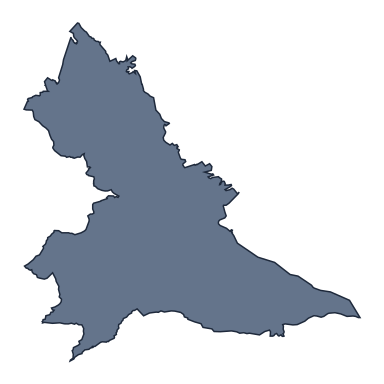 outline of Babana, Arges, Romania
{"feature_id": "2599482B94335816711173", "entity_name": "Babana", "entity_type": "district", "adm_level": 2, "iso_a3": "ROU", "parent_name": "Romania", "parent_adm1": "Arges", "projection": "natural_earth1", "projection_center": [24.7, 44.889], "detail": "fine", "context": "isolated", "style": "filled", "palette": "slate", "viewbox_px": 384, "rotation_deg": 0, "n_neighbors": 0, "source": "geoboundaries", "source_scale": "gbopen_adm2", "svg_char_len": 5792}
<svg xmlns="http://www.w3.org/2000/svg" viewBox="0 0 384 384"><path d="M249.4,333.2L259.5,334.9L264.8,331.5L269.5,330.1L270.5,331.8L270.2,336.1L272.8,336.1L274.0,335.5L274.8,334.3L276.6,333.5L278.3,335.7L279.0,336.0L281.0,334.8L282.2,336.3L283.1,336.4L284.0,336.1L283.0,333.7L283.8,333.0L284.1,331.8L283.2,329.2L283.4,326.1L282.7,324.6L285.1,323.9L292.9,324.9L297.2,324.6L304.8,321.2L308.4,318.2L313.9,315.7L316.7,316.0L321.1,317.2L323.8,316.4L327.8,313.6L329.1,313.2L335.0,312.7L340.7,313.9L347.0,316.4L353.0,316.0L355.6,316.4L358.4,317.6L360.0,317.6L349.5,300.3L330.4,291.9L320.6,290.4L314.4,288.2L313.1,287.4L311.5,285.2L298.0,276.1L290.1,274.5L274.6,262.4L257.9,257.2L237.4,243.2L233.8,235.7L231.9,232.9L232.2,232.6L231.2,231.6L232.3,230.9L232.4,230.2L231.4,229.8L229.9,231.2L226.5,228.3L220.1,225.5L218.5,223.8L218.4,222.1L218.9,220.9L219.9,219.9L224.8,217.9L226.2,215.9L224.8,211.8L223.3,206.1L223.5,205.3L226.2,205.2L229.0,203.2L238.1,193.9L239.2,192.1L237.5,193.8L233.7,189.1L232.1,188.2L229.9,189.7L226.0,190.6L225.0,189.6L230.2,186.7L231.5,185.6L231.4,185.0L231.1,184.5L228.1,185.1L225.0,185.1L225.2,183.7L224.3,181.5L223.7,181.2L222.5,181.3L221.3,182.4L220.5,184.4L219.6,184.7L219.8,183.6L221.5,181.2L221.3,180.4L221.6,179.6L221.5,178.9L219.3,177.6L218.5,176.7L212.4,177.5L210.8,178.6L208.8,177.8L208.1,176.9L213.6,175.0L212.8,173.9L211.4,174.2L204.6,172.1L211.3,170.4L211.9,166.6L209.6,163.7L205.3,166.0L201.9,161.7L197.1,164.6L196.9,164.3L195.1,165.2L194.6,164.5L184.8,167.7L184.2,167.1L182.8,165.0L183.0,163.9L185.7,161.6L185.0,159.7L181.2,159.3L180.3,157.9L178.4,152.6L178.4,151.7L179.2,150.6L179.3,149.8L177.0,148.6L177.3,148.0L176.9,147.1L178.1,146.7L176.8,144.6L174.3,145.4L172.3,143.4L170.0,145.0L165.9,142.4L163.8,140.3L163.2,137.5L165.5,132.9L165.6,131.7L163.7,128.0L163.9,126.0L164.5,124.5L165.4,124.8L166.0,125.8L169.3,123.5L169.0,122.9L164.4,121.6L161.4,118.5L159.8,114.3L155.9,110.1L153.6,97.7L150.2,96.2L147.9,93.9L144.8,92.2L143.4,90.6L143.5,89.3L142.1,84.2L141.7,84.2L140.2,76.8L136.8,70.8L134.7,70.5L135.4,73.5L133.2,71.6L132.1,72.7L129.2,73.9L127.9,72.3L129.5,71.3L126.6,71.9L126.3,71.5L126.7,70.0L128.4,68.9L128.5,67.7L128.1,66.9L129.8,66.7L131.5,67.6L132.0,68.3L134.8,66.4L135.4,65.4L134.9,64.2L132.0,63.9L130.7,62.9L132.0,61.6L135.3,60.5L135.8,58.7L135.6,57.9L132.7,55.8L127.3,60.7L127.5,58.9L126.7,56.6L125.9,59.9L125.0,61.0L123.0,61.9L120.5,61.3L119.5,61.8L119.5,63.7L118.7,63.7L116.6,61.0L115.8,58.5L109.9,61.3L107.8,55.1L105.7,52.7L105.7,51.3L100.1,44.8L99.8,43.9L100.3,42.2L99.2,42.3L98.1,41.4L96.3,41.4L94.2,40.0L93.9,38.8L93.2,38.3L92.0,38.3L90.9,36.9L89.4,36.5L86.4,32.1L84.6,31.0L81.1,27.5L78.9,23.4L77.5,23.0L69.8,31.4L73.4,33.4L73.7,36.3L74.3,37.6L77.4,40.9L77.5,41.8L76.4,42.6L76.9,43.3L76.5,43.8L74.8,43.2L73.3,41.5L73.3,40.8L71.2,38.5L71.0,37.1L63.5,59.7L62.7,64.6L58.6,77.8L59.5,80.0L59.0,81.7L58.0,83.3L57.1,84.0L56.6,83.8L56.1,82.8L56.4,82.6L55.4,81.7L55.3,81.0L52.7,79.8L52.2,80.5L51.4,80.2L47.6,77.8L44.5,81.6L45.5,84.9L45.1,85.3L45.7,85.7L47.4,90.6L48.2,91.3L43.2,91.3L42.7,92.2L40.2,92.6L40.2,95.2L39.5,95.8L35.8,95.3L32.5,96.8L32.3,97.5L28.3,98.5L27.6,99.3L28.3,101.2L27.4,101.5L24.0,109.2L26.2,109.9L32.2,110.1L33.2,111.9L33.7,116.5L34.9,119.6L38.9,121.7L42.6,125.7L45.8,127.9L48.5,130.6L49.9,135.2L51.5,139.1L53.6,141.6L53.9,145.1L52.8,147.3L52.9,148.1L54.6,150.6L61.0,155.7L65.4,156.2L66.6,157.3L69.8,156.5L70.5,157.2L73.0,157.4L73.0,157.9L74.3,158.2L77.7,157.0L80.1,157.2L82.5,154.5L84.2,153.7L83.8,155.5L84.8,158.5L86.6,161.5L87.4,166.9L89.7,166.9L90.4,167.6L88.5,169.0L88.7,169.8L86.1,172.9L86.1,173.4L86.8,174.5L88.4,175.1L88.5,175.6L93.8,176.8L94.4,179.0L93.8,180.1L93.6,182.3L93.9,183.1L93.5,183.8L93.8,184.2L93.9,185.9L95.4,186.4L97.7,188.7L102.0,190.4L105.2,191.0L107.7,190.9L111.2,189.7L112.4,191.9L114.2,193.5L118.9,196.1L118.0,197.4L116.3,196.6L114.6,197.5L113.6,196.0L108.5,195.8L106.6,197.7L107.2,198.6L101.0,200.7L100.8,201.2L93.6,203.2L92.7,204.6L92.7,209.0L93.8,211.7L93.8,213.2L92.2,214.1L90.3,214.1L87.8,215.9L89.1,219.1L89.1,221.1L86.0,229.5L84.6,230.9L81.1,232.8L74.9,234.7L71.9,233.3L70.2,233.4L68.7,232.8L61.8,232.8L58.7,230.7L54.5,230.5L54.0,230.9L53.9,232.3L51.6,234.2L50.4,236.0L47.7,237.6L47.6,239.3L46.4,240.7L46.1,242.6L45.4,244.2L42.9,246.4L43.3,246.8L43.5,248.3L39.5,254.9L36.0,256.2L33.3,259.7L28.1,264.0L24.5,266.1L26.2,268.1L27.7,268.3L28.6,269.4L30.4,270.2L31.7,269.7L32.2,271.9L33.6,273.7L36.5,274.7L37.4,277.4L39.6,278.1L44.3,279.1L47.1,278.2L52.6,272.8L55.7,278.8L56.2,281.4L58.9,286.4L58.5,289.3L59.9,294.5L59.2,296.9L61.5,299.2L61.2,301.7L60.0,303.6L58.4,305.0L54.9,307.0L51.5,308.0L52.5,309.9L54.1,310.2L52.8,312.0L50.9,312.3L49.8,314.7L45.9,315.7L45.2,319.2L43.1,319.6L42.8,321.0L42.2,321.6L42.8,322.2L42.6,322.9L44.5,322.4L52.5,323.3L59.8,322.8L64.3,323.8L68.3,323.9L71.4,323.2L74.5,324.2L76.2,323.2L78.8,324.8L81.8,324.8L83.7,328.5L83.4,331.2L83.9,333.9L81.8,339.6L78.9,341.3L79.8,344.0L78.2,345.3L73.5,347.6L73.1,349.8L72.2,350.6L73.3,354.2L73.0,358.2L70.4,360.1L70.1,361.0L73.8,359.0L74.8,357.2L78.5,354.6L82.0,353.6L82.2,352.4L84.8,349.9L88.9,349.3L90.5,348.0L92.6,347.5L92.0,347.0L92.4,346.4L95.0,346.4L100.6,342.3L102.3,341.8L106.4,342.1L107.1,341.5L108.6,341.5L109.3,340.5L114.1,338.3L114.5,337.2L114.1,335.8L116.4,334.5L116.1,332.8L117.0,331.7L117.0,330.3L118.9,328.0L118.5,326.7L118.7,324.5L120.9,323.3L121.8,321.2L122.8,320.5L123.4,318.5L126.6,317.1L128.7,314.5L131.6,313.0L131.7,311.8L133.1,310.5L134.6,310.4L137.1,308.9L143.6,315.8L149.5,313.0L156.2,312.1L158.4,312.3L160.9,310.9L164.4,312.0L171.3,310.9L174.7,311.1L180.7,312.4L183.6,314.5L184.4,316.9L187.7,318.0L187.9,319.3L194.7,321.9L201.0,323.7L203.0,327.4L211.9,328.9L214.1,331.5L220.2,331.7L231.5,330.9L236.7,331.8L239.7,333.2L243.8,332.7L246.9,333.6L249.4,333.2Z" fill="#64748b" stroke="#1e293b" stroke-width="1.5"/></svg>